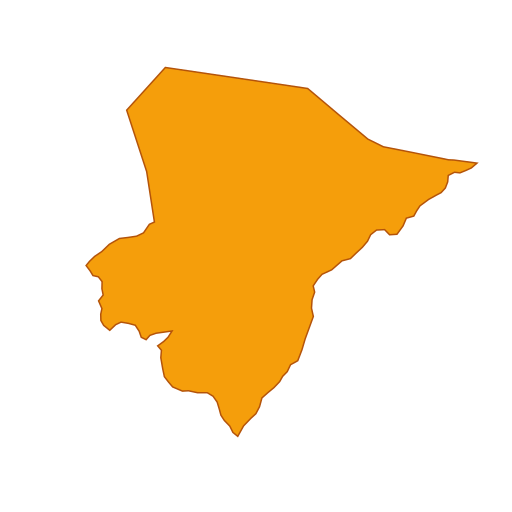 Gandu, Bahia, Brazil (Albers equal-area conic projection), rotated 21°
{"feature_id": "56859067B69626840226512", "entity_name": "Gandu", "entity_type": "district", "adm_level": 2, "iso_a3": "BRA", "parent_name": "Brazil", "parent_adm1": "Bahia", "projection": "albers", "projection_center": [-39.469, -13.802], "detail": "fine", "context": "isolated", "style": "filled", "palette": "amber", "viewbox_px": 512, "rotation_deg": 21, "n_neighbors": 0, "source": "geoboundaries", "source_scale": "gbopen_adm2", "svg_char_len": 1519}
<svg xmlns="http://www.w3.org/2000/svg" viewBox="0 0 512 512"><g transform="rotate(21 256 256)"><path d="M318.6,106.8L281.6,94.1L244.2,81.1L103.8,112.5L83.0,166.2L123.7,216.4L149.0,260.7L145.1,264.6L142.7,274.7L137.4,280.3L129.8,284.6L122.2,288.6L114.9,297.6L110.4,307.2L105.5,314.2L102.5,320.6L100.8,325.8L106.3,329.2L110.8,332.7L116.3,331.9L121.5,335.1L123.9,341.8L127.3,347.2L125.1,354.3L131.0,360.3L131.9,366.0L134.3,371.8L138.7,375.4L146.1,377.8L149.6,370.4L153.7,366.1L161.1,364.6L168.1,363.9L173.9,368.1L178.0,373.0L183.4,373.5L185.4,368.1L190.4,363.9L204.5,356.1L203.0,363.4L200.5,368.8L196.4,375.1L201.5,377.9L203.6,385.1L209.2,394.5L213.7,401.5L219.8,405.2L225.1,408.1L235.7,408.5L241.3,406.0L250.4,404.6L259.5,401.1L266.2,402.3L272.1,406.3L276.6,412.1L280.3,417.2L285.4,420.9L292.5,424.2L297.7,429.0L303.6,430.9L305.3,419.0L309.4,409.3L312.4,403.3L313.3,395.5L312.4,386.4L316.0,379.4L319.9,372.5L323.1,364.8L324.0,358.8L326.6,352.8L327.2,345.1L332.5,338.8L332.5,327.0L331.6,315.8L331.2,291.9L326.5,284.8L324.0,276.7L323.7,268.7L320.1,263.4L321.9,255.5L324.2,249.4L331.6,241.8L338.0,229.7L345.1,224.6L348.3,217.7L352.2,209.7L354.8,202.2L355.4,195.0L359.2,188.6L366.6,185.3L373.1,188.3L379.8,185.2L382.5,175.2L382.8,166.8L389.0,162.2L389.8,156.2L391.1,150.4L396.9,141.3L402.4,134.7L406.1,130.5L408.4,124.7L408.4,118.1L406.6,111.9L411.3,106.7L416.6,105.3L421.4,100.8L425.5,96.6L429.0,90.1L406.3,95.5L401.3,97.2L360.9,104.0L335.7,108.4L318.6,106.8Z" fill="#f59e0b" stroke="#b45309" stroke-width="1.5"/></g></svg>